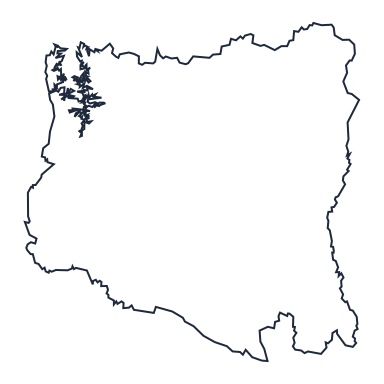 outline of Sragen, Jawa Tengah, Indonesia
{"feature_id": "22746128B28263166501815", "entity_name": "Sragen", "entity_type": "district", "adm_level": 2, "iso_a3": "IDN", "parent_name": "Indonesia", "parent_adm1": "Jawa Tengah", "projection": "equal_earth", "projection_center": [110.906, -7.392], "detail": "fine", "context": "isolated", "style": "outline", "palette": "slate", "viewbox_px": 384, "rotation_deg": 0, "n_neighbors": 0, "source": "geoboundaries", "source_scale": "gbopen_adm2", "svg_char_len": 5565}
<svg xmlns="http://www.w3.org/2000/svg" viewBox="0 0 384 384"><path d="M55.8,270.0L67.7,270.3L71.9,268.5L72.5,266.3L74.0,269.1L75.9,267.9L86.9,270.5L92.8,284.4L93.0,281.0L95.8,279.8L97.6,282.4L99.7,280.8L101.4,281.9L101.2,286.1L106.8,286.0L108.0,289.9L106.6,293.4L108.4,294.9L108.4,297.6L113.9,300.5L113.9,304.4L116.3,301.4L117.5,303.9L121.5,301.4L123.6,303.0L123.3,308.1L128.8,307.7L131.6,305.4L133.9,309.8L153.8,312.9L155.9,306.9L172.3,311.5L182.8,317.7L185.0,321.6L193.6,326.2L203.5,335.8L214.8,342.1L226.9,346.2L232.6,351.4L240.0,352.0L242.9,354.7L245.7,349.8L252.2,357.2L261.9,360.6L267.5,361.0L264.3,349.0L260.4,341.6L259.6,330.6L267.8,326.8L274.1,328.3L275.1,321.9L279.2,320.7L278.5,316.2L280.0,312.6L287.2,316.0L287.9,313.5L289.5,313.6L293.3,316.8L293.0,326.8L294.9,327.0L294.1,330.7L296.4,332.8L293.3,337.6L294.6,342.9L292.9,346.3L295.1,349.6L301.2,350.5L304.5,353.1L308.0,351.5L321.0,353.9L326.5,347.6L325.7,342.4L328.0,343.3L331.9,339.8L332.5,333.0L336.9,330.3L337.1,333.8L345.5,345.3L352.8,346.9L356.2,343.0L354.7,341.2L355.0,338.5L352.8,336.7L354.7,330.6L357.6,329.0L356.3,325.8L357.4,323.9L356.7,316.8L352.8,310.6L350.0,309.8L347.0,301.4L345.3,302.2L341.7,298.5L343.1,294.4L339.9,288.3L341.6,286.6L341.1,280.7L343.5,277.5L341.3,273.3L338.7,276.0L339.1,272.1L336.1,272.2L338.1,267.4L335.8,261.0L333.1,259.7L332.2,252.6L333.6,252.7L333.8,250.7L333.1,246.9L331.0,246.5L331.9,241.0L329.8,230.4L327.7,228.1L328.4,220.9L327.2,217.8L328.4,211.9L332.2,211.6L331.5,207.4L334.1,206.9L336.9,202.7L334.9,199.6L335.6,197.3L338.1,196.3L345.1,184.3L342.9,180.4L343.4,176.4L348.6,171.0L347.1,169.7L350.6,164.0L349.0,162.8L349.4,159.9L347.4,158.5L349.8,153.9L347.0,155.5L348.3,151.7L346.4,145.9L348.5,139.4L347.6,122.4L359.1,99.9L351.8,94.0L347.7,93.0L343.3,81.5L347.1,72.7L346.0,65.5L349.6,60.5L351.7,60.6L354.9,53.8L354.2,44.5L349.1,39.7L342.5,39.9L334.7,35.2L333.7,27.5L331.6,24.7L321.5,25.2L313.4,23.0L312.2,25.4L309.6,25.1L307.2,29.0L303.9,29.5L301.7,27.3L298.4,31.8L294.1,31.1L293.3,40.1L289.5,40.8L287.2,46.1L281.4,46.1L274.8,50.1L264.2,44.9L260.5,45.9L252.4,43.0L253.4,35.3L250.6,34.0L245.0,35.6L242.9,38.6L240.4,36.4L236.0,40.3L231.0,38.8L229.5,44.8L221.7,46.5L220.4,54.0L213.0,54.6L209.5,57.8L193.2,56.4L188.2,63.2L185.6,64.2L179.6,62.6L177.1,57.8L171.5,58.5L165.8,56.5L163.1,58.3L160.0,55.3L157.4,48.9L155.2,61.6L153.2,63.4L144.9,62.8L142.2,64.8L138.8,63.4L138.9,56.3L133.9,53.9L128.8,52.5L119.8,54.3L118.3,57.9L116.0,56.7L112.0,53.1L113.2,48.4L109.8,43.7L101.6,50.7L96.6,49.3L97.6,51.1L95.2,49.6L94.4,52.2L89.7,49.3L89.0,56.2L87.2,50.9L88.2,47.8L86.5,48.7L87.2,46.6L84.8,45.4L83.5,46.8L84.1,43.9L80.8,42.3L79.5,48.0L78.1,47.4L82.0,57.0L76.7,52.3L77.0,56.5L80.1,61.3L81.8,60.7L81.2,63.8L83.9,62.1L82.1,64.2L83.2,66.4L80.5,65.6L80.5,69.3L85.4,68.2L85.3,65.7L86.5,64.5L86.6,70.1L90.1,67.5L88.1,70.1L88.5,73.6L85.3,71.8L86.2,76.2L87.8,76.5L86.6,77.1L90.5,81.1L88.5,82.5L86.1,79.1L85.0,80.5L83.5,73.3L81.6,75.6L83.4,75.8L83.5,79.7L82.3,78.7L82.7,80.7L81.3,80.4L82.3,82.3L79.6,81.3L80.0,78.4L77.8,80.7L76.3,79.3L77.9,77.5L74.4,76.1L72.5,77.3L75.2,78.7L73.4,80.8L75.8,79.9L78.0,83.0L79.1,81.6L79.7,83.9L77.5,84.3L80.1,85.2L79.8,87.0L84.3,83.6L82.9,87.9L86.9,85.8L93.0,89.1L87.1,88.2L87.6,90.5L84.0,90.0L84.9,92.8L83.3,90.8L77.1,91.6L82.4,92.8L83.6,96.0L84.7,95.5L82.6,99.4L85.3,99.3L85.4,95.5L87.1,96.1L86.9,98.4L88.5,94.3L89.2,97.8L92.2,94.4L92.9,96.9L93.2,95.4L95.6,94.3L93.9,96.7L101.5,97.7L88.1,99.4L87.6,101.7L90.0,103.5L95.0,102.2L98.2,103.6L99.6,102.6L103.7,102.7L104.4,102.9L104.6,103.5L98.6,105.6L95.6,103.6L97.8,105.8L95.1,105.4L95.2,106.7L94.8,106.9L94.6,104.4L92.4,107.0L88.6,105.8L85.7,108.0L85.8,109.9L90.0,111.1L86.1,111.0L85.8,112.5L84.8,110.0L83.3,111.2L85.0,115.7L87.8,114.8L86.1,117.3L88.6,116.3L88.6,118.3L85.9,119.2L87.6,121.9L91.2,121.3L89.0,123.5L84.4,121.8L84.3,129.0L81.9,130.6L81.9,135.9L80.3,136.5L81.7,133.2L78.7,130.7L80.8,131.2L82.8,125.8L81.6,123.5L84.5,119.8L81.5,118.8L82.1,116.6L80.4,118.2L81.2,116.6L79.2,116.0L82.6,112.7L78.8,112.4L74.6,116.8L75.8,113.4L79.6,110.8L78.0,109.6L69.8,112.5L69.0,110.3L72.9,110.2L72.6,108.5L83.2,109.7L83.9,107.0L86.5,106.0L84.2,104.5L85.6,101.7L83.3,103.9L84.0,101.8L82.0,102.3L84.0,100.2L78.6,101.5L77.7,98.7L71.4,98.2L73.9,96.2L71.9,95.7L71.1,98.1L70.0,98.1L70.7,95.8L70.3,95.4L68.1,98.5L69.6,93.1L74.1,90.9L70.7,88.9L68.2,93.2L67.9,88.0L66.8,93.3L65.4,93.8L66.6,96.4L64.7,97.5L64.2,100.9L63.9,98.1L61.2,99.5L64.0,97.1L64.8,94.9L59.1,94.8L64.1,93.4L64.5,87.3L60.7,87.9L58.3,91.8L56.2,90.5L49.1,93.5L50.1,99.8L52.9,104.6L54.4,116.5L50.0,131.6L48.7,143.8L43.2,148.2L41.8,156.6L45.1,157.4L45.5,160.7L47.2,159.4L47.5,162.2L53.8,164.2L41.7,174.6L41.2,177.6L35.6,185.0L32.9,185.1L32.9,187.7L31.2,186.8L27.9,192.6L28.1,216.4L29.7,221.3L28.6,222.9L24.9,222.0L29.5,234.8L36.5,238.6L35.2,243.5L30.9,242.2L27.7,244.3L26.3,247.8L27.2,250.1L30.6,254.1L32.8,254.1L35.1,262.8L38.6,264.0L42.3,269.2L44.6,267.7L45.7,271.4L48.7,272.7L49.4,270.6L51.7,271.7L55.8,270.0ZM48.9,91.3L53.6,91.4L52.7,89.4L56.5,88.7L54.8,87.8L54.5,84.5L56.9,86.8L57.0,84.4L63.0,82.1L63.1,77.9L65.1,80.4L66.3,79.3L65.1,77.1L63.4,77.5L63.8,73.5L61.0,80.1L59.8,77.8L58.0,79.6L57.6,76.2L59.5,77.1L61.2,75.8L60.9,69.0L59.1,70.6L57.3,67.2L57.1,69.4L53.9,70.9L52.5,70.1L55.3,68.4L54.6,67.4L56.7,63.8L58.4,64.8L59.2,62.7L60.4,65.1L61.0,64.9L59.6,62.3L61.7,61.2L63.9,55.8L55.5,58.0L60.9,53.6L57.4,53.4L57.8,51.0L64.9,50.6L66.8,48.9L60.5,48.3L58.1,46.0L57.1,47.7L57.3,45.6L54.5,44.5L55.7,46.5L53.6,54.4L51.3,51.5L49.8,55.2L46.5,55.5L45.6,62.3L46.8,65.8L45.3,72.1L47.2,75.7L46.1,79.0L48.9,91.3Z" fill="none" stroke="#1e293b" stroke-width="2"/></svg>